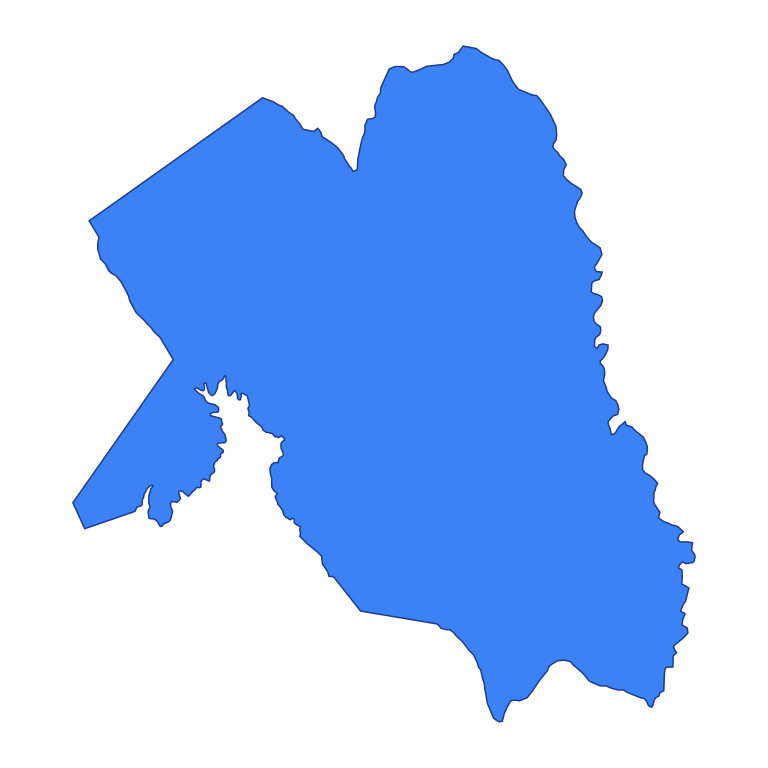 San Miguel Suchixtepec, Oaxaca, Mexico
{"feature_id": "50627088B50710705536412", "entity_name": "San Miguel Suchixtepec", "entity_type": "district", "adm_level": 2, "iso_a3": "MEX", "parent_name": "Mexico", "parent_adm1": "Oaxaca", "projection": "natural_earth1", "projection_center": [-96.466, 16.079], "detail": "fine", "context": "isolated", "style": "filled", "palette": "blue", "viewbox_px": 768, "rotation_deg": 0, "n_neighbors": 0, "source": "geoboundaries", "source_scale": "gbopen_adm2", "svg_char_len": 6096}
<svg xmlns="http://www.w3.org/2000/svg" viewBox="0 0 768 768"><path d="M558.1,153.0L554.6,149.6L552.9,146.8L553.4,143.9L556.0,140.2L556.7,134.8L555.9,126.2L550.4,114.4L539.5,98.6L536.6,95.6L532.4,95.0L518.7,89.5L514.7,84.5L511.7,79.7L507.5,70.5L503.9,65.6L499.0,60.4L495.6,59.8L491.4,58.2L481.4,52.5L476.2,48.5L463.2,46.1L458.2,52.7L454.0,54.3L453.3,58.3L449.5,62.0L443.4,64.5L426.3,66.3L421.4,68.9L413.3,72.1L410.9,72.1L403.8,66.7L395.3,66.5L389.3,68.9L380.7,87.9L380.5,93.1L377.6,97.2L376.5,101.4L374.6,105.9L375.6,113.7L375.2,117.0L372.7,118.5L367.5,119.3L364.8,125.8L365.1,129.8L364.3,133.6L362.1,139.0L360.8,144.4L357.8,159.2L357.3,169.7L352.9,171.5L351.7,168.8L349.6,166.3L344.5,158.6L343.9,156.1L338.8,149.1L336.6,146.8L330.7,142.2L322.0,136.5L321.2,133.1L319.5,130.3L317.6,128.4L314.2,131.1L312.0,131.2L303.0,129.2L300.1,124.2L295.3,118.6L293.4,115.2L289.2,112.6L282.2,106.3L278.0,104.7L273.5,101.9L262.5,97.8L89.2,220.8L98.9,237.1L97.8,243.4L97.7,249.0L100.5,258.8L105.4,264.1L108.6,270.5L111.1,273.0L115.9,275.7L121.1,281.8L128.4,295.5L129.9,301.2L136.1,312.5L144.5,320.6L147.8,324.5L150.2,326.5L154.3,332.1L160.0,337.3L173.2,359.6L72.9,502.7L84.7,528.7L134.9,511.4L137.1,507.0L140.9,506.0L142.2,504.5L142.3,500.4L142.7,498.8L143.6,497.5L144.1,494.2L147.4,488.4L149.9,486.0L152.6,485.3L153.1,486.2L150.9,488.7L148.9,495.7L148.7,502.9L150.1,506.8L148.2,511.3L148.7,517.4L149.2,518.2L150.3,518.7L153.2,518.8L155.5,519.8L157.4,521.5L159.9,526.0L160.6,526.5L162.1,526.1L162.7,525.6L163.2,524.2L168.5,521.8L169.9,520.6L170.6,519.3L172.5,512.1L172.5,510.5L171.0,507.6L170.4,503.6L171.5,502.1L172.6,501.6L177.0,502.3L179.7,499.7L180.4,498.4L178.7,492.7L178.9,491.2L181.2,490.9L182.6,491.6L188.2,496.2L189.4,495.5L191.8,492.5L195.6,489.0L196.3,487.6L200.2,487.5L201.0,486.9L200.9,481.8L202.7,479.4L203.8,478.8L209.1,481.1L209.6,480.5L209.9,476.7L210.7,474.8L213.9,472.4L214.5,471.5L214.5,468.7L213.4,466.5L214.6,463.0L215.3,461.8L217.5,460.3L218.0,458.7L220.1,457.5L220.6,456.3L220.4,453.9L223.3,452.3L223.3,450.7L222.8,449.9L217.7,446.0L217.2,444.1L218.5,443.1L225.1,442.6L226.0,441.2L226.1,440.0L224.9,434.5L222.9,432.0L220.5,426.9L221.1,425.6L222.2,425.1L222.6,423.9L221.8,422.3L221.5,419.1L220.6,418.3L211.2,415.8L209.9,414.7L210.1,413.7L213.0,412.5L217.6,412.2L218.3,411.5L218.7,409.9L218.4,407.5L215.1,404.7L209.2,403.4L206.9,402.1L205.1,399.8L203.9,396.5L199.1,393.5L194.8,389.7L194.7,389.1L194.8,388.4L197.1,388.1L201.9,390.6L203.7,390.5L204.1,389.9L204.4,387.3L203.7,384.0L204.1,383.2L205.7,383.0L206.3,383.7L206.3,384.8L208.7,392.6L211.3,395.3L212.0,395.6L213.0,395.2L215.0,393.5L217.5,388.0L217.7,384.3L219.6,381.1L221.1,380.7L222.8,379.3L223.7,378.2L224.3,376.0L225.4,375.7L225.9,376.7L226.0,381.5L226.5,382.6L226.2,386.6L227.5,390.4L227.6,392.7L228.4,395.5L229.9,395.8L230.8,395.4L234.3,390.7L235.4,391.2L237.2,393.9L237.6,398.5L238.9,399.8L240.5,399.7L241.2,396.1L241.0,394.0L241.5,393.3L242.6,393.3L246.5,395.3L247.4,396.1L249.2,403.7L249.4,405.7L248.1,408.0L248.0,409.2L249.1,411.9L248.7,415.7L251.6,417.3L256.3,422.6L260.9,426.1L262.1,427.6L263.0,430.0L265.8,432.1L272.1,433.4L275.1,436.9L276.7,436.5L278.3,437.6L281.1,436.0L282.4,436.4L284.4,438.9L284.6,439.8L281.9,442.0L280.9,443.9L281.1,448.4L283.4,453.6L283.3,455.1L282.6,456.1L279.4,458.0L278.8,459.0L278.2,462.5L274.3,462.7L271.5,464.6L269.9,468.4L270.3,472.9L271.6,478.4L271.8,487.0L273.8,490.7L277.2,493.1L277.0,494.2L275.3,496.5L275.5,497.8L277.5,502.2L277.7,504.1L280.3,507.0L282.6,510.7L283.7,514.6L286.0,517.5L287.1,517.6L289.5,519.5L290.8,519.6L291.8,518.5L293.6,518.6L294.3,520.0L294.1,522.2L295.6,524.2L300.4,526.8L299.7,530.0L300.5,532.7L299.9,536.4L307.1,543.6L318.1,552.6L321.5,556.2L322.5,564.0L327.9,572.2L329.0,576.3L333.6,576.8L360.6,611.1L437.4,624.0L441.2,628.3L447.0,629.8L449.3,629.7L452.5,631.5L457.7,637.3L462.7,641.9L469.4,650.8L473.5,654.7L477.4,662.9L478.6,667.1L480.7,670.0L482.9,679.5L484.4,683.9L484.6,687.3L487.4,703.3L493.6,718.3L499.0,721.9L502.4,721.2L504.3,713.3L507.8,705.8L511.0,700.7L515.0,700.0L519.5,700.8L527.1,697.8L532.7,690.5L540.2,679.4L547.3,670.9L549.0,666.6L552.1,664.0L557.6,660.7L564.6,660.2L570.7,661.8L573.2,664.8L583.2,673.6L589.5,681.3L600.2,685.9L605.8,685.8L612.2,688.5L618.5,690.0L623.5,690.0L627.2,692.4L641.0,697.9L644.1,698.4L646.5,701.3L648.5,705.6L651.5,707.3L653.2,704.7L654.1,700.4L655.6,697.7L658.9,696.0L660.0,692.5L663.8,690.8L664.4,673.5L665.2,668.6L666.7,667.2L672.9,666.9L673.2,655.9L676.6,652.7L674.4,649.6L673.5,646.1L683.2,638.0L687.9,633.0L687.3,628.0L682.0,625.1L682.8,619.3L685.1,613.7L680.5,611.2L683.4,604.1L685.5,601.5L688.9,588.0L681.7,583.8L682.3,577.3L682.0,569.9L678.6,568.0L679.4,564.9L682.7,561.9L685.9,563.6L692.7,562.6L694.0,561.3L695.1,556.9L694.5,554.3L691.5,550.1L692.5,542.7L686.8,541.9L680.3,542.0L677.6,539.5L679.3,535.0L683.3,531.8L678.2,526.9L676.1,525.9L671.9,525.0L668.5,523.2L664.4,521.9L660.3,519.3L658.6,517.6L659.9,512.2L654.9,504.9L653.6,501.5L654.1,492.2L655.0,490.6L655.8,487.1L657.6,483.3L653.7,478.7L649.5,475.3L645.2,473.0L642.6,469.8L642.5,464.7L644.4,455.5L646.6,454.5L647.4,451.0L647.2,446.3L645.7,441.8L643.3,437.1L634.8,430.3L631.7,426.8L626.3,425.1L625.3,421.6L618.8,427.0L615.2,433.2L611.5,434.9L609.9,428.0L608.5,425.1L608.0,421.9L612.8,416.1L617.6,414.4L618.8,409.5L617.7,404.4L615.7,400.5L612.2,398.7L609.5,395.3L607.0,391.0L606.3,387.6L603.4,380.7L604.8,373.7L604.3,369.2L603.1,366.3L600.4,363.3L600.2,361.0L603.1,358.2L605.5,354.6L607.9,349.3L608.0,345.0L603.0,343.9L599.2,344.9L597.3,348.4L594.4,346.6L594.8,339.9L595.8,337.6L599.8,334.3L600.7,330.6L600.4,326.8L595.5,323.3L594.0,321.0L593.4,316.6L594.7,312.9L601.0,305.2L602.6,300.7L601.5,296.6L597.4,294.4L594.1,293.7L591.3,292.1L591.8,283.3L593.6,281.2L599.1,279.5L601.0,275.8L602.2,272.1L596.2,271.5L594.6,268.5L594.5,266.6L596.9,263.6L601.9,254.4L600.1,247.8L591.3,242.1L585.9,235.8L582.5,230.5L579.4,227.6L576.3,221.5L574.9,217.0L574.5,211.2L577.4,201.9L580.6,197.2L582.1,193.2L580.7,189.4L571.4,183.5L566.6,179.5L563.3,175.6L563.7,169.9L566.3,164.7L563.7,159.5L559.7,155.7L558.1,153.0Z" fill="#3b82f6" stroke="#1e3a8a" stroke-width="1.5"/></svg>